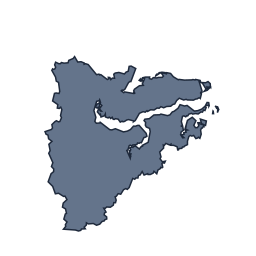 outline of Yamal-Nenets, rotated 73°
{"feature_id": "RUS-2382", "entity_name": "Yamal-Nenets", "entity_type": "Autonomous Province", "adm_level": 1, "iso_a3": "RUS", "parent_name": "Russia", "parent_adm1": "", "projection": "albers", "projection_center": [74.427, 67.879], "detail": "fine", "context": "isolated", "style": "filled", "palette": "slate", "viewbox_px": 256, "rotation_deg": 73, "n_neighbors": 0, "source": "natural_earth", "source_scale": "10m", "svg_char_len": 5845}
<svg xmlns="http://www.w3.org/2000/svg" viewBox="0 0 256 256"><g transform="rotate(73 128 128)"><path d="M73.4,103.2L84.5,111.7L84.1,112.7L84.8,114.3L90.0,119.6L90.6,121.2L90.0,122.6L90.5,123.6L93.0,121.7L92.5,120.7L96.6,112.6L95.7,112.1L97.3,111.3L94.1,111.7L92.8,110.5L90.9,104.7L91.7,100.9L90.0,101.4L85.7,97.7L84.7,98.6L85.1,100.4L84.2,99.4L84.4,96.5L85.6,92.4L87.0,93.1L88.3,91.2L87.2,89.1L88.5,86.0L88.5,84.2L89.6,80.4L88.7,78.9L86.1,79.8L85.9,77.9L87.8,74.8L86.6,76.0L86.3,75.0L88.3,71.3L92.2,69.7L96.6,65.8L96.4,65.1L98.7,60.0L100.7,52.7L100.6,51.8L101.7,49.8L101.3,49.2L103.6,45.1L105.7,45.1L104.6,46.4L114.3,46.4L116.4,47.8L115.5,48.2L115.8,48.4L117.0,47.9L120.5,50.0L119.9,50.1L120.3,50.9L119.9,51.9L120.4,53.2L120.1,55.0L120.5,57.2L118.5,63.1L117.6,64.0L117.5,66.6L114.5,70.3L116.0,73.5L118.7,76.3L118.6,78.3L119.7,80.8L118.7,84.8L119.1,88.0L117.2,90.3L118.2,92.4L117.4,94.4L118.4,97.8L117.2,101.0L117.9,104.4L117.0,104.8L117.9,106.9L116.8,108.8L117.3,112.8L123.0,118.9L123.6,120.9L122.9,120.5L120.1,125.0L120.0,127.0L120.7,129.3L120.6,131.0L119.8,131.6L120.1,133.7L116.7,134.8L115.4,137.3L115.8,138.4L115.4,139.6L113.1,140.0L114.2,142.4L113.6,141.6L112.1,142.8L112.6,144.1L110.9,146.3L108.0,145.6L109.4,146.9L109.6,150.6L106.9,150.4L107.3,151.0L103.6,152.6L101.1,150.4L103.8,149.3L104.1,148.5L101.3,149.7L98.8,146.4L96.8,147.6L95.5,146.8L92.7,146.9L93.5,147.6L93.3,150.2L101.3,155.5L108.4,155.6L112.0,157.8L114.2,156.9L115.0,153.3L114.4,152.9L124.3,145.9L125.1,144.0L125.0,140.3L130.4,133.5L130.8,129.6L130.2,126.1L127.8,122.2L128.5,120.2L128.3,118.3L128.7,116.6L138.4,112.2L141.4,112.3L141.9,114.1L141.8,115.6L146.0,119.5L145.5,120.6L145.9,121.8L145.1,123.3L146.4,124.3L145.6,128.5L146.3,129.7L145.0,131.0L145.3,132.1L148.9,134.5L149.1,135.7L157.6,134.7L156.0,133.9L156.4,133.4L154.5,134.3L153.8,133.9L154.7,133.4L153.6,132.8L153.4,133.9L150.1,133.3L150.5,132.5L149.4,131.7L147.6,132.3L147.4,129.7L148.0,129.0L147.3,128.2L147.6,126.0L151.4,123.3L149.9,121.4L149.6,119.4L148.8,119.5L147.6,112.9L137.9,107.8L134.7,107.5L132.4,110.2L130.4,110.6L127.7,109.5L125.6,110.5L124.5,109.3L125.3,104.9L123.1,99.4L124.6,93.9L124.3,92.5L127.7,86.6L127.7,84.1L125.6,81.0L125.5,79.0L123.7,74.3L120.9,71.4L123.5,67.5L123.7,64.9L131.2,59.6L131.8,56.2L131.5,52.0L129.9,48.4L131.3,47.3L133.8,49.3L132.9,50.5L134.6,52.1L134.0,53.6L135.1,56.8L133.9,59.3L133.6,62.1L132.6,62.9L132.5,65.6L133.9,67.4L133.4,68.3L134.2,69.5L132.7,71.0L132.8,72.5L137.4,75.1L141.5,75.2L141.8,77.1L142.2,75.2L146.4,75.7L147.4,78.4L150.0,79.6L153.4,78.6L153.6,77.3L150.2,79.3L150.4,76.3L148.9,76.1L148.9,73.6L147.1,73.8L147.3,71.8L145.9,73.4L144.4,72.6L144.7,73.2L138.1,68.9L136.5,63.4L140.9,60.9L144.7,64.3L147.4,63.4L147.9,61.6L146.5,59.6L143.4,59.7L143.8,57.9L144.9,58.3L147.0,55.0L148.9,54.9L148.6,55.5L149.8,56.9L149.6,57.8L151.3,59.2L155.3,59.8L158.9,62.3L157.4,63.4L157.9,64.3L158.0,66.2L154.3,67.4L154.4,69.3L153.3,70.7L153.9,72.3L158.0,75.0L161.3,76.0L161.8,79.3L162.5,80.2L162.1,81.5L163.2,82.5L162.6,85.2L163.7,86.1L163.5,86.9L160.3,86.5L158.0,89.3L157.0,92.2L156.0,91.7L156.3,93.3L153.8,96.3L155.4,98.6L154.7,99.2L157.6,99.8L160.2,104.7L165.3,104.9L166.8,106.4L170.3,105.0L170.6,102.0L172.2,103.4L171.4,105.2L172.0,106.0L175.6,106.2L176.0,107.1L175.2,108.2L176.3,109.0L176.9,111.6L180.2,113.9L177.0,115.8L178.5,117.1L179.0,120.3L178.3,122.5L177.4,122.5L177.7,126.4L173.8,127.2L176.5,130.2L176.4,131.4L176.8,132.1L178.7,133.1L178.1,135.2L179.0,136.5L177.6,138.2L185.3,144.3L186.5,146.6L185.3,147.8L185.7,150.3L189.2,154.3L187.9,156.6L189.8,159.0L190.0,160.4L193.5,160.4L195.8,161.8L195.2,163.4L197.5,164.6L198.6,168.0L197.3,171.5L198.1,173.1L197.6,174.6L202.0,173.6L202.4,175.3L204.1,176.2L206.7,174.4L208.8,174.9L209.0,177.1L209.9,177.9L209.8,180.1L211.7,183.1L211.8,186.5L209.2,189.1L208.1,194.1L206.5,195.5L208.7,196.3L210.0,198.9L211.9,198.3L211.0,202.1L212.1,203.1L212.0,205.5L210.2,208.1L205.9,219.3L203.9,216.3L202.2,216.2L200.0,213.8L196.4,216.0L191.9,213.1L191.7,211.8L187.1,211.4L184.5,213.8L180.9,211.9L178.6,207.3L174.7,208.2L174.6,209.6L170.1,213.5L169.7,216.7L161.8,217.1L156.1,220.1L149.2,214.9L148.0,211.9L145.4,211.0L142.5,212.5L139.2,210.0L129.0,211.2L126.9,209.1L120.4,208.4L118.5,204.6L115.1,207.1L111.4,206.6L110.0,208.2L107.2,208.4L107.0,201.6L105.9,200.2L102.5,199.8L100.6,196.1L100.1,194.4L101.8,192.6L101.9,191.3L98.7,188.6L96.4,188.9L91.1,185.9L88.4,186.2L89.2,188.1L88.3,189.8L85.1,188.3L80.1,192.2L73.4,188.2L73.5,186.5L74.8,183.9L73.1,182.6L64.1,181.1L62.2,182.9L58.1,182.4L50.6,184.0L49.4,182.8L50.2,182.1L50.1,180.7L48.7,179.4L46.2,179.7L43.9,178.0L46.3,175.3L46.7,173.7L45.9,172.6L47.3,170.2L48.1,166.2L46.0,164.9L45.5,160.1L44.1,158.2L50.2,156.8L50.9,153.5L53.0,150.9L54.2,151.3L54.1,149.8L55.7,147.5L67.8,142.5L68.0,140.0L69.0,139.6L69.0,138.4L75.6,133.6L75.3,132.1L73.8,132.0L74.4,130.6L76.7,130.3L75.7,128.4L76.5,126.3L72.4,125.9L71.7,124.2L72.2,120.5L75.3,115.6L74.0,113.6L73.8,111.2L69.4,108.9L69.7,106.9L73.4,103.2ZM115.1,41.2L115.2,44.5L113.6,42.0L106.2,43.9L107.4,40.6L107.0,37.9L109.6,36.4L113.2,37.2L112.6,37.5L112.4,39.7L111.8,40.4L113.3,40.8L114.0,39.1L115.1,41.2ZM144.2,51.0L148.2,53.1L145.3,56.4L140.6,56.2L144.2,51.0ZM100.0,151.7L98.2,152.9L96.2,150.8L95.6,147.8L93.7,147.2L99.6,149.1L99.4,150.5L100.0,151.7ZM127.3,43.4L130.4,43.8L130.9,44.3L129.7,44.0L129.5,47.7L126.7,44.9L127.3,43.4ZM136.2,35.9L135.3,37.4L133.4,37.8L133.6,37.0L132.5,38.5L134.0,36.1L136.2,35.9ZM87.3,100.0L86.6,102.2L85.3,101.4L86.5,100.0L87.3,100.0ZM139.3,42.0L139.0,42.9L136.6,41.7L136.8,41.6L139.3,42.0ZM84.9,83.4L84.2,81.9L84.7,79.1L84.9,79.7L84.9,83.4ZM113.2,38.0L113.6,39.4L112.6,40.0L113.2,38.0ZM137.0,36.0L139.4,38.0L136.1,36.5L137.0,36.0ZM84.8,102.0L86.9,102.2L85.7,103.4L84.8,102.0ZM86.1,75.8L85.2,78.7L84.8,78.7L86.1,75.8ZM85.5,83.6L86.3,86.3L85.7,85.9L84.9,84.6L85.5,83.6Z" fill="#64748b" stroke="#1e293b" stroke-width="1.5"/></g></svg>